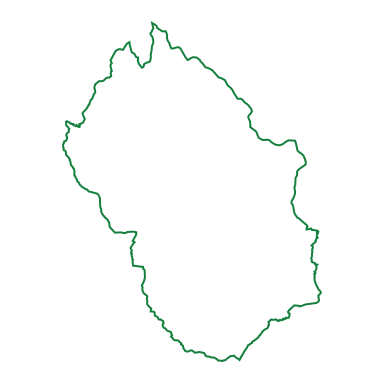 outline of Lunca Ilvei, Bistrita-Nasaud, Romania
{"feature_id": "2599482B66912585754157", "entity_name": "Lunca Ilvei", "entity_type": "district", "adm_level": 2, "iso_a3": "ROU", "parent_name": "Romania", "parent_adm1": "Bistrita-Nasaud", "projection": "mercator", "projection_center": [25.011, 47.358], "detail": "fine", "context": "isolated", "style": "outline", "palette": "green", "viewbox_px": 384, "rotation_deg": 0, "n_neighbors": 0, "source": "geoboundaries", "source_scale": "gbopen_adm2", "svg_char_len": 5938}
<svg xmlns="http://www.w3.org/2000/svg" viewBox="0 0 384 384"><path d="M317.2,230.7L313.6,230.0L312.0,230.0L311.2,228.5L308.7,229.2L306.5,229.4L306.8,227.5L307.0,227.5L307.5,226.6L307.0,225.4L298.9,218.4L297.5,217.8L295.6,215.2L294.3,212.8L293.3,206.9L292.8,205.2L291.5,203.1L291.5,201.5L293.6,197.7L294.9,194.0L295.1,191.8L294.4,187.6L295.3,184.6L295.5,178.1L297.1,175.2L297.1,172.0L297.4,170.9L300.2,168.3L305.5,164.7L305.9,162.6L305.0,159.1L303.3,155.4L301.9,154.0L298.7,151.8L297.5,150.5L295.8,142.7L295.0,140.7L288.5,140.3L285.1,142.3L282.5,144.3L279.2,145.3L275.7,144.7L274.6,144.2L271.7,142.4L269.2,140.1L266.5,139.7L263.5,140.1L261.5,139.5L258.6,137.7L256.2,131.6L250.2,127.0L250.4,125.6L250.0,121.3L248.6,118.4L248.3,117.3L248.3,116.6L248.7,115.6L250.7,113.4L251.9,111.5L251.6,109.8L250.8,108.4L248.0,104.8L244.8,102.5L241.8,99.1L240.6,98.7L237.6,98.8L233.5,92.3L232.6,90.2L230.7,87.9L227.6,85.3L224.9,80.1L221.4,78.2L218.6,77.4L212.2,70.1L207.9,67.9L205.6,67.4L202.6,63.5L200.2,61.1L199.9,60.1L196.6,57.5L193.2,57.2L190.7,58.2L188.2,60.0L187.5,59.9L185.2,56.8L180.4,48.4L179.4,47.7L177.9,47.1L172.6,48.6L171.3,48.4L169.8,45.0L169.6,43.8L167.4,40.0L166.9,36.9L167.2,35.1L165.7,31.3L162.3,31.3L157.3,28.1L156.6,26.0L154.0,24.0L152.1,23.0L153.3,28.4L152.8,29.4L152.4,29.7L152.2,30.5L151.5,32.1L150.4,33.3L150.7,34.7L152.2,36.6L152.6,37.7L153.4,41.6L153.2,43.2L151.9,46.3L151.7,49.9L150.9,53.8L150.7,55.6L150.9,57.3L150.1,61.3L149.1,62.0L146.6,62.7L144.2,64.0L143.9,64.6L143.7,66.4L143.1,67.1L142.0,67.7L138.7,63.7L138.6,62.3L137.9,61.4L137.9,60.8L138.1,57.6L136.1,57.0L134.4,53.8L132.2,52.6L131.3,51.0L130.7,48.3L129.8,45.6L129.5,42.2L127.4,43.3L126.2,44.7L123.0,49.8L119.3,49.1L116.7,50.2L115.4,51.3L110.5,60.4L111.8,63.1L110.5,64.8L110.5,66.0L110.9,67.8L111.8,71.0L111.0,71.5L110.7,74.0L111.2,76.2L109.1,77.7L107.4,77.5L106.2,78.1L103.4,80.8L100.8,81.3L99.1,81.1L95.1,84.5L94.3,87.9L95.1,90.4L95.3,91.8L95.0,92.7L93.6,94.7L92.4,98.4L90.6,100.2L89.2,104.6L88.8,104.6L86.9,108.3L82.9,112.6L82.5,113.6L84.2,117.9L84.8,118.9L83.3,122.1L83.0,122.6L81.0,123.6L79.6,124.0L80.0,124.9L79.0,125.3L79.6,126.4L79.6,126.9L78.5,127.0L76.5,125.0L75.8,126.2L73.4,125.0L73.6,124.3L73.2,123.9L72.1,124.0L70.6,123.7L70.6,123.1L66.8,121.2L66.1,121.7L66.2,125.2L66.5,125.8L68.0,127.0L68.3,127.7L69.3,128.8L68.7,130.0L68.9,130.8L68.6,132.1L66.9,133.4L66.5,134.3L66.3,135.2L67.0,137.0L67.0,138.7L66.1,140.5L66.1,140.8L64.2,141.4L63.8,143.2L63.1,144.4L63.2,147.3L63.7,147.9L63.5,149.2L63.8,150.2L64.5,150.4L65.7,151.4L66.3,155.3L68.3,157.0L69.9,159.6L69.6,160.1L70.6,162.0L70.7,164.2L71.3,165.5L72.8,167.0L73.2,168.2L73.8,168.6L74.5,171.1L74.3,175.1L74.6,175.8L75.3,176.1L75.6,177.5L76.9,179.4L77.1,181.1L78.7,182.5L79.9,184.9L80.7,185.4L82.1,187.1L83.9,187.8L84.9,188.8L87.0,189.5L88.7,191.4L96.8,193.5L98.3,194.7L99.7,197.4L100.0,199.3L100.2,206.0L100.5,207.6L101.2,209.3L101.1,211.3L101.9,213.5L103.7,216.0L104.3,216.3L104.7,217.2L107.7,219.8L108.2,221.2L109.1,222.2L109.7,227.0L114.9,232.6L120.9,232.4L124.6,233.1L125.9,232.8L126.9,232.1L131.6,231.7L133.7,231.7L136.3,232.3L136.0,235.1L132.7,240.9L134.6,242.2L132.9,244.0L132.2,245.5L130.6,247.6L130.8,248.8L131.7,250.0L131.7,251.1L131.2,252.0L131.1,252.7L131.2,253.3L131.9,253.6L131.9,254.2L131.6,254.4L131.6,255.8L132.1,256.9L132.4,259.3L132.9,259.6L132.5,262.0L133.1,264.6L133.1,265.7L143.1,266.9L143.2,268.8L143.8,269.1L144.7,270.6L144.9,277.6L143.8,281.7L142.0,285.3L142.0,286.1L142.6,287.3L142.3,289.1L142.4,290.3L143.7,293.2L146.3,295.2L147.3,296.3L146.8,299.3L147.4,301.2L147.1,302.9L147.3,304.5L149.1,306.7L151.2,308.4L150.7,311.4L153.6,311.7L154.6,312.5L154.8,315.6L157.4,316.9L158.8,319.5L160.4,319.4L161.3,319.7L161.5,320.4L163.2,321.0L163.5,323.7L162.8,324.0L162.6,325.5L163.6,327.6L165.3,328.4L167.1,330.6L171.0,332.1L171.2,332.6L171.3,334.0L172.1,335.1L171.0,336.7L172.5,337.7L173.3,339.3L173.9,339.8L175.4,340.4L177.2,340.3L178.2,340.6L178.9,341.0L179.6,342.2L181.1,343.0L181.3,343.5L181.0,344.3L182.9,345.7L183.5,348.6L184.6,349.8L184.9,350.7L186.1,351.3L187.1,351.6L188.8,351.3L190.3,350.5L191.9,350.4L195.1,352.8L197.5,352.2L198.3,352.4L199.2,351.9L204.0,353.0L204.8,354.2L205.3,354.5L205.5,355.7L206.9,356.5L209.9,356.7L210.8,357.4L214.0,357.5L217.2,359.3L217.9,360.5L219.9,360.5L222.2,361.0L222.8,360.9L223.4,360.3L224.8,360.3L225.7,359.9L227.3,358.4L230.8,356.0L232.5,356.1L234.0,355.6L236.5,358.0L238.5,359.0L239.5,360.0L240.8,357.7L240.8,357.0L241.8,356.2L241.9,355.6L244.7,350.8L247.2,347.3L247.9,345.5L248.5,344.9L249.7,344.6L250.3,343.7L252.1,342.9L252.4,341.5L253.7,341.0L258.4,337.4L259.0,336.0L260.1,335.2L260.5,334.3L261.5,333.2L262.4,331.6L264.6,329.6L267.2,328.3L267.9,327.4L268.2,325.9L268.6,325.7L268.9,324.9L268.7,324.2L269.0,324.0L268.7,323.0L268.6,321.6L269.6,321.2L270.7,319.7L271.4,319.5L272.0,319.8L273.5,319.8L275.8,319.4L276.7,319.7L276.7,320.1L277.5,320.9L278.7,320.7L279.4,320.1L279.7,320.6L280.7,320.0L282.5,320.1L282.8,319.8L282.7,319.4L283.6,319.3L283.5,318.9L284.0,318.9L284.2,318.6L285.1,318.6L285.4,318.2L285.7,318.7L286.5,317.9L288.5,317.9L288.6,317.2L289.1,316.9L289.6,314.8L289.6,313.6L288.6,313.2L288.0,311.8L289.6,309.7L294.3,305.4L298.3,305.7L299.1,306.4L299.6,306.1L301.2,306.1L305.3,304.5L315.9,303.0L317.1,302.6L318.4,301.6L319.0,300.4L318.3,295.8L320.8,293.0L320.9,292.4L320.0,290.8L318.4,289.3L317.7,287.5L316.7,286.0L314.8,281.2L314.4,277.7L314.8,276.5L314.5,276.0L314.7,274.6L314.3,274.2L315.3,273.5L315.5,273.0L314.4,271.8L315.3,271.1L316.3,269.2L316.6,267.0L316.1,265.9L317.2,264.6L314.9,264.0L314.7,262.9L312.2,262.2L311.7,261.6L311.8,259.9L311.2,258.6L312.0,256.1L311.9,254.1L312.3,253.0L312.1,252.3L312.3,251.4L312.1,249.5L312.7,248.5L312.9,247.6L312.7,246.5L311.5,245.4L315.5,241.9L315.8,241.5L315.5,240.5L316.1,240.0L316.3,238.5L317.6,237.7L316.9,237.0L317.1,236.6L316.8,235.9L317.2,234.5L316.9,233.6L317.8,233.1L317.5,232.4L318.3,231.8L317.9,231.1L317.1,231.4L317.2,230.7Z" fill="none" stroke="#15803d" stroke-width="2"/></svg>